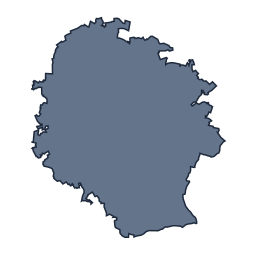 outline of Canalete, Córdoba, Colombia, rotated 272°
{"feature_id": "7082276B82675854286902", "entity_name": "Canalete", "entity_type": "district", "adm_level": 2, "iso_a3": "COL", "parent_name": "Colombia", "parent_adm1": "Córdoba", "projection": "albers", "projection_center": [-76.229, 8.721], "detail": "fine", "context": "isolated", "style": "filled", "palette": "slate", "viewbox_px": 256, "rotation_deg": 272, "n_neighbors": 0, "source": "geoboundaries", "source_scale": "gbopen_adm2", "svg_char_len": 5767}
<svg xmlns="http://www.w3.org/2000/svg" viewBox="0 0 256 256"><g transform="rotate(272 128 128)"><path d="M212.2,58.5L208.5,53.7L206.8,55.2L205.9,55.0L205.5,54.5L205.6,54.0L203.8,53.0L203.3,53.2L202.7,52.6L201.8,53.0L199.9,52.0L197.3,51.3L195.1,51.4L194.4,49.7L191.0,50.8L189.0,50.2L179.5,50.7L179.6,43.8L175.2,43.8L175.1,44.1L172.6,43.6L173.0,42.0L172.2,41.5L171.9,42.0L171.3,41.9L171.3,41.0L170.9,40.6L171.0,39.0L171.6,38.0L170.0,36.9L171.7,33.9L172.1,32.6L171.1,31.7L170.0,32.8L169.8,32.0L167.5,32.5L167.5,31.1L164.1,31.6L163.9,30.6L163.4,30.7L163.5,31.5L162.9,32.3L164.3,33.7L164.1,34.7L165.7,37.3L165.4,37.7L165.8,38.4L165.3,40.3L159.1,40.6L157.9,41.2L157.8,42.4L156.7,42.2L155.7,44.8L155.1,44.8L154.5,45.7L153.6,46.1L149.8,46.1L150.4,43.3L149.7,42.3L148.0,41.5L148.0,39.9L145.0,39.5L145.0,40.2L140.1,38.8L139.0,40.3L138.4,40.0L136.5,38.2L136.4,37.7L137.9,36.2L137.0,34.7L131.6,37.3L129.7,39.1L129.7,39.5L128.4,40.3L128.9,41.8L128.1,42.1L127.7,41.9L126.9,39.5L126.4,36.8L125.9,36.9L124.0,38.2L125.5,42.0L125.2,42.0L125.3,42.4L123.1,42.4L124.1,44.8L126.9,45.7L127.4,47.9L125.1,48.3L123.1,45.2L120.9,46.5L121.1,43.4L120.7,42.8L119.5,42.0L119.4,40.9L117.4,40.2L117.9,38.6L119.0,38.4L119.1,38.0L120.5,38.6L122.8,38.7L121.1,34.4L110.8,33.8L110.6,32.0L109.8,36.6L109.0,36.7L107.6,36.0L106.7,36.8L105.6,36.8L105.6,35.3L104.9,34.9L105.2,33.8L104.3,32.8L103.9,33.5L101.7,34.2L96.4,37.2L96.6,37.6L94.9,39.5L95.5,41.5L95.8,41.9L96.7,41.9L97.9,41.5L97.5,42.8L99.8,43.3L99.1,45.3L100.2,46.2L102.0,49.2L99.0,50.5L98.0,48.4L97.4,49.0L95.5,48.6L95.4,48.9L94.0,47.3L93.7,46.4L93.2,45.9L92.3,46.0L91.3,44.4L89.8,44.2L89.2,44.8L88.6,44.4L86.9,45.5L86.2,49.6L85.3,52.4L84.5,53.7L80.3,55.5L77.4,55.0L76.5,55.2L76.2,55.8L75.0,55.7L72.4,59.1L72.3,59.6L72.9,60.5L72.8,62.1L69.8,64.9L71.9,68.2L69.6,70.0L69.5,71.1L69.8,71.4L68.2,72.5L68.9,74.1L69.8,73.8L70.4,74.3L69.3,75.3L69.0,75.1L65.7,77.0L66.3,76.9L66.6,78.8L66.0,79.0L66.6,80.5L66.6,81.5L70.9,80.6L71.3,81.9L71.1,82.6L69.1,82.5L69.2,83.5L67.7,83.8L65.8,85.5L64.3,86.2L62.3,86.4L58.1,84.9L53.4,84.1L53.9,84.8L53.7,86.1L54.0,86.9L53.6,89.0L53.2,89.6L53.0,92.3L52.1,93.6L50.8,93.7L52.2,95.1L54.8,91.9L54.2,91.5L56.0,88.4L59.2,90.4L59.8,90.2L62.7,94.7L58.3,97.4L59.2,99.2L57.4,100.8L56.0,101.6L54.2,101.7L53.6,102.2L52.7,103.8L51.6,103.7L51.9,106.5L51.7,107.0L48.5,106.8L42.2,109.5L39.6,109.5L41.2,112.7L39.2,116.7L38.2,116.1L38.5,118.4L38.1,118.8L38.1,119.8L35.8,120.0L34.9,117.8L34.6,117.7L28.9,118.5L27.9,119.3L26.1,123.4L22.6,123.7L20.2,125.8L18.7,128.6L18.8,132.3L22.5,132.5L21.5,135.6L21.3,137.6L19.3,137.8L20.2,139.7L21.4,144.9L22.8,147.4L25.1,149.8L26.2,152.5L26.4,161.8L27.8,164.4L28.2,166.1L30.0,167.9L30.3,168.6L30.4,170.8L31.9,176.3L32.0,180.1L31.6,184.1L30.6,185.9L33.1,188.8L34.1,191.1L34.9,195.7L35.7,197.3L34.9,199.0L35.1,199.9L36.3,200.0L39.9,199.0L40.6,198.5L41.5,197.8L42.7,196.0L46.3,193.4L48.0,191.4L51.9,188.3L59.1,185.6L63.0,185.1L63.4,185.3L63.8,187.0L64.2,187.4L68.0,187.7L71.9,188.8L76.3,191.4L77.0,191.1L77.1,188.8L78.1,188.1L78.9,188.0L82.4,190.0L84.7,190.2L85.3,191.4L87.6,192.0L91.6,191.9L90.9,195.1L91.0,196.1L92.2,196.1L96.0,197.2L98.9,199.6L100.7,199.6L103.7,200.7L105.2,200.8L104.7,202.8L104.1,204.0L103.8,206.5L102.9,209.1L102.8,210.5L101.9,212.0L102.4,214.4L103.0,215.4L105.4,217.9L106.3,219.7L108.5,220.4L113.2,220.6L117.4,223.7L118.4,225.4L121.8,221.1L126.8,217.5L126.8,218.2L127.3,218.5L128.0,218.5L128.8,219.1L130.6,218.7L131.4,213.4L132.6,213.0L133.5,208.4L135.3,209.2L136.4,208.7L138.1,211.3L139.2,210.1L140.4,208.1L140.8,206.5L140.9,204.9L142.9,205.1L142.4,206.2L142.6,206.4L145.0,207.8L146.8,208.4L146.2,210.0L152.1,211.7L152.2,211.1L152.9,210.8L153.4,209.9L153.5,209.0L154.2,208.0L156.2,207.3L156.1,206.9L155.1,206.2L156.1,205.7L155.9,205.2L156.7,203.7L156.6,201.9L154.1,198.1L155.4,195.6L152.2,191.3L153.6,190.3L156.2,192.8L156.2,194.0L156.8,195.3L161.7,197.9L164.1,200.3L168.2,200.2L168.1,201.7L167.2,201.8L166.6,202.5L166.1,201.2L165.6,201.7L165.7,203.0L164.2,203.2L164.0,206.3L165.0,207.2L166.2,206.7L168.5,210.3L173.2,214.9L177.1,210.8L174.4,208.0L177.8,204.3L177.4,202.8L178.1,201.1L178.6,201.1L179.4,200.1L178.9,199.0L178.9,197.6L180.2,195.8L181.2,196.5L182.9,194.8L184.9,196.5L186.3,194.9L188.0,193.5L186.6,191.0L189.2,189.9L193.3,189.7L193.6,192.1L196.2,191.3L198.4,190.1L198.0,188.6L198.3,186.9L197.3,186.4L196.6,187.1L196.4,188.1L194.8,187.1L192.8,186.7L194.4,186.0L195.3,185.1L191.9,183.5L192.7,181.5L192.9,178.5L192.7,178.0L191.8,178.0L191.8,177.7L193.6,177.7L194.6,172.1L194.8,168.8L194.0,165.3L192.6,163.5L194.9,163.4L195.6,163.8L197.6,164.0L199.0,164.7L199.1,164.1L199.7,164.0L199.7,163.6L197.5,157.9L203.8,155.3L204.4,156.5L205.8,156.1L206.1,157.0L206.5,163.0L207.6,165.3L206.9,166.4L206.3,166.6L207.4,170.1L209.6,169.8L209.9,167.4L212.0,165.8L212.3,164.6L212.8,163.9L213.2,162.2L213.9,161.2L213.3,157.0L213.5,156.4L217.7,154.5L220.5,149.1L220.4,147.5L217.1,144.3L217.6,143.6L216.2,142.0L216.9,141.1L219.2,139.9L217.7,138.2L218.7,134.9L217.8,133.8L218.3,132.6L217.7,131.8L218.9,130.9L218.0,126.8L213.6,126.9L214.2,125.4L212.8,126.0L216.2,120.3L217.5,116.5L217.7,114.2L221.8,114.4L223.4,115.3L225.1,114.9L225.8,115.2L226.8,114.9L227.3,117.0L227.2,120.7L225.2,125.2L234.0,126.4L235.4,121.5L232.2,121.1L232.8,119.0L236.8,115.1L237.3,113.2L236.9,110.2L234.1,110.4L233.9,108.7L233.0,106.7L232.1,101.3L230.0,102.2L229.2,102.1L228.3,101.8L228.7,101.8L229.0,100.9L228.2,100.9L229.0,99.3L229.2,99.6L229.3,99.5L229.4,99.0L229.5,99.3L230.0,99.2L229.8,98.5L230.8,98.8L232.0,99.7L233.9,99.1L235.7,97.9L237.3,97.6L236.2,94.6L236.3,92.6L234.7,92.0L232.8,92.2L231.2,90.9L233.3,86.8L227.6,85.3L228.0,84.0L229.9,80.8L228.8,80.3L228.8,78.1L225.9,74.1L222.9,67.1L220.7,67.5L219.3,64.1L217.6,61.7L213.4,62.8L211.5,59.1L212.2,58.5Z" fill="#64748b" stroke="#1e293b" stroke-width="1.5"/></g></svg>